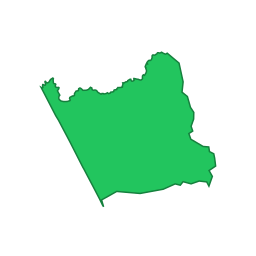 outline of Buchanan, Virginia, United States of America, rotated 285°
{"feature_id": "52423323B31243309181200", "entity_name": "Buchanan", "entity_type": "district", "adm_level": 2, "iso_a3": "USA", "parent_name": "United States of America", "parent_adm1": "Virginia", "projection": "equal_earth", "projection_center": [-81.918, 37.288], "detail": "fine", "context": "isolated", "style": "filled", "palette": "green", "viewbox_px": 256, "rotation_deg": 285, "n_neighbors": 0, "source": "geoboundaries", "source_scale": "gbopen_adm2", "svg_char_len": 2786}
<svg xmlns="http://www.w3.org/2000/svg" viewBox="0 0 256 256"><g transform="rotate(285 128 128)"><path d="M156.4,43.1L156.7,42.8L156.8,42.4L154.8,40.6L151.8,39.7L150.8,38.7L150.7,38.3L150.7,37.3L151.7,36.3L151.7,36.0L151.1,35.8L149.0,37.1L148.1,37.0L147.8,36.5L147.9,35.2L148.0,34.8L147.9,34.4L147.3,34.4L145.0,35.3L144.5,34.8L144.8,33.5L121.1,55.1L117.7,58.7L99.9,75.2L77.9,95.0L77.6,95.4L62.8,109.1L52.0,119.0L47.0,123.3L45.6,124.8L51.7,121.1L63.8,133.5L67.9,156.6L78.0,177.9L86.2,188.0L86.3,193.3L90.4,195.1L90.4,203.4L95.2,210.5L96.3,218.0L92.8,221.2L103.1,222.0L107.9,217.3L113.9,222.5L121.3,219.5L125.3,217.5L126.3,212.8L130.6,210.9L129.6,205.3L133.4,191.6L138.4,188.2L141.8,191.3L146.0,188.5L153.6,189.1L160.1,187.5L164.1,183.0L173.8,177.2L176.6,170.9L186.8,169.3L203.9,160.5L210.4,146.5L209.0,145.1L209.0,144.5L209.2,143.9L209.2,143.2L209.9,140.8L209.7,140.5L209.3,140.4L208.6,139.2L208.6,138.0L208.4,137.2L208.0,136.9L206.9,136.6L206.7,136.4L206.5,136.0L205.9,135.6L205.2,134.7L205.1,134.3L205.1,134.0L205.1,133.2L204.4,132.7L203.9,132.6L203.7,132.7L203.3,132.8L203.0,132.8L202.2,133.1L200.2,132.9L199.5,132.5L198.9,131.9L198.9,130.9L197.8,130.0L196.1,129.3L195.8,129.5L194.9,130.3L194.8,130.1L195.0,129.6L194.8,129.1L192.0,128.7L191.4,128.8L190.9,129.7L190.4,129.8L190.0,129.8L189.2,130.5L188.2,131.0L187.4,131.2L185.8,131.1L183.1,130.3L183.1,129.8L183.4,129.2L183.1,128.9L181.9,128.5L180.9,128.8L180.6,128.8L179.6,129.2L178.7,129.0L177.6,128.0L177.5,126.6L177.7,125.4L177.4,123.4L177.5,123.2L177.4,120.9L176.9,120.8L175.9,121.6L175.2,121.2L174.4,120.2L174.2,119.8L174.2,119.5L174.7,118.7L175.8,118.1L175.7,117.4L173.7,115.5L172.9,115.6L172.2,114.6L172.0,113.9L170.5,112.5L170.4,111.4L170.2,111.2L169.8,111.6L168.6,111.8L168.1,111.7L167.8,111.6L166.4,112.0L166.1,112.0L165.8,111.5L165.8,111.3L165.6,111.3L164.5,108.1L164.5,107.8L163.5,107.4L163.2,107.1L162.6,107.2L162.2,107.1L162.1,106.8L161.2,104.9L160.9,104.7L159.5,104.7L158.5,103.2L158.4,102.4L158.1,102.0L157.0,101.7L156.7,101.1L156.2,100.4L156.7,98.9L155.8,98.2L155.7,98.1L154.6,95.9L154.9,95.3L154.6,93.9L154.0,93.7L153.8,92.8L154.7,89.6L156.1,87.9L156.2,86.3L155.5,84.9L155.7,83.5L156.5,83.0L156.9,82.9L157.3,82.7L157.6,81.2L155.0,79.8L153.7,78.0L152.7,74.6L153.5,73.4L154.2,71.8L154.1,71.0L153.2,70.2L152.5,70.2L152.1,70.4L151.2,70.3L150.2,68.3L147.5,67.4L145.5,67.8L144.5,66.5L144.6,66.1L142.5,63.9L141.4,63.9L140.0,65.0L139.4,64.8L137.9,62.5L136.9,59.1L136.7,56.5L137.7,54.2L138.6,53.5L139.8,53.2L141.3,53.2L141.7,53.6L142.1,53.6L144.1,51.6L145.7,50.2L147.9,51.0L149.1,50.9L149.2,50.7L149.2,50.0L148.8,49.5L148.8,49.2L148.8,47.8L149.1,47.2L149.5,47.0L150.2,46.8L151.2,47.0L151.8,46.6L151.7,45.1L152.0,44.5L152.5,44.2L155.1,43.2L156.3,43.2L156.4,43.1Z" fill="#22c55e" stroke="#15803d" stroke-width="1.5"/></g></svg>